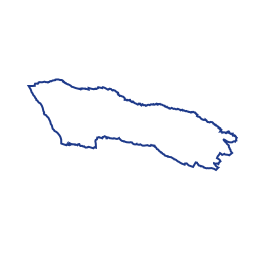 Gianyar, Bali, Indonesia (Equal Earth projection), rotated 107°
{"feature_id": "22746128B44616450347238", "entity_name": "Gianyar", "entity_type": "district", "adm_level": 2, "iso_a3": "IDN", "parent_name": "Indonesia", "parent_adm1": "Bali", "projection": "equal_earth", "projection_center": [115.288, -8.482], "detail": "fine", "context": "isolated", "style": "outline", "palette": "blue", "viewbox_px": 256, "rotation_deg": 107, "n_neighbors": 0, "source": "geoboundaries", "source_scale": "gbopen_adm2", "svg_char_len": 5799}
<svg xmlns="http://www.w3.org/2000/svg" viewBox="0 0 256 256"><g transform="rotate(107 128 128)"><path d="M101.5,205.3L101.7,206.4L102.0,206.8L101.9,208.7L102.7,211.1L103.0,211.6L103.5,211.6L104.7,214.1L105.7,214.9L105.7,215.5L106.0,216.1L106.4,216.5L106.9,216.6L107.4,217.7L107.9,217.9L107.8,218.8L108.2,220.0L108.1,221.3L109.4,223.5L110.1,226.3L110.7,226.9L111.3,226.8L112.1,227.2L112.1,227.9L112.8,229.8L114.2,229.8L114.9,229.5L115.8,231.7L116.9,235.3L119.6,232.3L122.1,230.5L122.6,229.6L124.3,228.1L125.1,226.6L126.5,225.3L126.8,224.5L128.1,223.8L128.2,222.8L129.7,220.9L130.1,219.0L131.8,217.0L133.8,215.4L136.6,213.8L137.5,212.8L138.4,212.8L139.5,212.0L139.6,210.5L139.9,209.7L140.5,209.2L141.4,207.2L144.5,204.3L146.7,203.0L147.8,201.6L150.8,199.8L151.5,198.3L152.3,197.5L152.7,195.4L153.4,193.8L155.2,191.2L156.5,189.9L158.6,188.5L162.3,187.3L162.4,186.6L162.5,181.9L162.2,181.7L162.0,182.2L161.7,181.9L161.6,179.9L160.9,180.3L161.2,179.5L161.1,178.8L160.6,179.0L160.0,178.7L159.7,179.0L159.9,177.8L160.4,177.7L160.2,177.3L159.9,177.2L159.9,176.4L159.6,176.0L159.5,174.4L159.2,174.1L159.5,173.6L159.2,173.3L159.3,172.7L158.9,171.7L159.1,171.4L158.5,171.2L158.5,170.8L157.9,170.5L157.6,169.9L157.8,169.6L158.3,169.6L159.1,168.3L159.0,167.8L158.5,166.8L158.8,165.6L158.4,164.7L158.7,164.4L158.6,164.1L159.1,163.0L158.6,161.4L158.1,161.1L157.9,160.4L157.5,160.1L157.5,155.1L156.2,154.5L156.2,152.9L152.5,154.2L150.1,155.4L148.9,155.4L147.9,154.4L146.1,154.6L145.9,153.8L145.2,153.2L145.2,152.7L145.5,151.8L145.2,151.1L145.4,149.6L144.5,149.3L144.0,149.4L143.6,148.7L142.7,147.9L143.0,146.2L144.2,145.6L144.0,144.9L142.9,144.6L142.8,143.4L143.1,142.7L142.5,139.1L141.9,138.5L141.8,135.9L141.4,134.8L140.3,133.7L140.7,133.5L141.0,132.3L141.6,131.5L142.1,129.8L141.9,128.4L142.1,128.0L141.8,127.6L142.0,126.9L142.0,125.1L141.4,122.4L140.8,121.3L140.7,119.8L141.4,119.1L141.8,117.4L141.4,115.7L140.8,115.2L141.0,115.1L140.8,112.4L140.0,111.5L140.6,109.1L140.2,107.5L138.7,104.3L138.9,103.4L138.7,101.6L137.5,101.0L137.8,100.3L137.3,99.3L137.6,98.7L137.2,98.1L137.1,97.4L137.5,97.1L137.8,97.5L138.0,97.2L138.5,95.4L139.7,94.2L139.8,92.9L141.0,91.2L141.4,89.5L141.8,89.4L141.8,88.3L142.5,87.4L142.8,85.5L143.5,84.9L143.6,82.7L143.3,81.8L143.8,81.5L143.3,78.0L143.9,76.3L143.9,75.4L144.5,74.6L144.3,73.9L144.5,72.6L144.9,71.8L145.4,70.5L145.4,69.6L145.7,68.9L146.3,66.3L146.5,63.1L145.3,63.1L144.7,61.5L146.0,59.1L146.2,54.4L141.1,53.2L141.0,51.9L141.4,51.7L142.2,50.3L142.6,50.2L143.2,49.0L143.0,48.6L143.0,47.2L143.3,47.3L143.4,47.0L143.1,46.4L143.0,45.4L143.1,44.4L143.6,44.1L143.6,41.2L143.1,40.1L143.0,39.3L142.3,37.4L141.9,36.5L141.9,33.6L142.4,31.6L139.5,30.1L139.5,30.9L138.9,31.7L138.7,32.6L137.8,33.8L137.2,34.1L136.9,35.3L136.5,35.4L136.6,33.7L135.8,32.4L136.1,31.0L134.3,30.8L132.8,29.8L131.7,31.0L131.2,32.2L130.8,34.1L128.9,33.9L126.5,32.9L125.1,32.7L125.4,31.6L126.2,30.1L124.6,28.3L124.9,28.0L124.9,27.0L124.4,24.5L124.5,23.2L121.4,21.1L120.3,22.9L118.7,23.8L118.2,24.7L117.6,24.9L116.7,26.0L115.2,26.5L114.2,28.8L113.2,29.9L113.0,30.8L112.4,31.4L111.9,32.6L111.3,33.1L111.0,33.0L111.0,32.2L111.8,29.5L112.0,27.8L111.9,26.2L111.3,24.3L110.0,23.2L109.5,21.8L109.6,21.6L108.9,21.5L108.3,20.7L107.0,21.4L105.7,21.2L105.7,21.6L104.7,22.3L104.6,23.3L104.0,23.4L103.8,24.2L104.7,25.3L104.0,26.1L102.8,26.2L103.2,27.6L103.6,27.9L103.6,28.4L103.0,29.3L103.1,29.9L102.3,30.0L101.8,30.7L102.6,31.9L103.5,31.9L103.6,32.3L104.3,32.7L104.3,33.1L103.9,33.5L103.9,34.0L104.1,35.2L104.5,35.7L104.6,36.4L104.9,36.6L104.2,37.2L104.3,38.0L104.1,38.3L104.3,38.7L103.7,38.5L103.1,38.9L102.9,38.3L102.5,38.2L102.2,39.6L101.8,39.3L101.2,39.7L101.2,40.0L101.4,40.1L101.5,41.4L100.7,41.4L100.3,42.1L100.4,42.8L99.8,43.9L99.9,44.7L99.2,45.1L99.2,45.4L99.6,45.7L99.5,46.2L98.8,47.0L98.8,47.8L98.3,48.1L97.8,49.0L98.1,51.0L98.8,51.5L98.8,53.0L99.0,53.5L98.6,54.5L97.9,55.0L97.3,56.4L97.8,56.3L97.9,57.6L98.2,58.2L98.0,58.9L98.2,59.4L97.8,60.2L97.7,61.0L96.7,62.2L96.7,62.7L96.4,63.6L96.7,64.3L96.4,65.6L95.0,65.5L94.8,66.8L94.4,66.9L93.6,68.4L93.9,68.8L93.6,69.6L93.5,70.5L94.1,71.1L94.1,72.0L94.3,72.3L94.8,72.3L94.9,72.6L94.6,73.8L94.9,74.5L94.7,75.3L94.9,76.1L94.6,77.0L95.1,77.8L94.8,80.0L95.3,80.5L94.7,81.5L95.2,82.0L95.2,82.6L95.7,83.0L95.4,83.5L95.1,85.9L95.2,86.3L95.7,86.5L96.1,87.8L95.9,89.1L96.4,90.0L96.0,92.2L97.2,93.3L97.3,94.3L96.8,94.7L96.9,96.5L96.3,97.0L96.7,97.9L96.7,98.6L96.5,99.2L96.0,99.4L96.1,101.0L95.7,102.7L96.0,103.7L95.6,104.5L96.0,105.0L96.3,106.7L96.5,106.7L96.6,105.9L97.1,106.5L97.1,106.9L96.5,107.4L96.4,107.9L97.9,109.3L97.7,110.6L98.4,110.9L98.3,112.0L98.7,112.5L98.8,113.2L99.8,113.8L99.7,114.8L100.1,115.9L100.7,116.6L101.1,116.7L101.6,117.5L101.1,118.4L101.7,120.0L101.0,121.0L101.5,121.5L102.5,121.8L102.4,122.1L101.7,122.2L101.8,123.2L101.2,123.5L101.3,124.1L101.5,124.7L102.0,124.5L102.8,125.6L102.4,126.9L102.2,129.2L101.2,130.8L101.4,131.7L101.9,131.0L102.1,131.8L101.5,133.6L100.5,134.3L100.7,134.8L101.3,135.1L101.3,137.0L101.9,137.1L101.7,138.7L102.0,139.4L100.6,139.7L99.5,141.6L99.5,143.1L99.3,144.5L99.8,145.3L99.2,146.0L99.2,146.8L98.5,147.6L98.0,147.3L97.3,147.7L97.5,148.1L97.0,148.7L96.7,150.1L96.1,151.1L96.0,153.2L96.6,153.6L96.5,154.3L95.7,155.7L95.8,157.1L96.3,157.3L96.4,157.8L97.2,158.3L96.4,162.0L96.3,164.0L97.0,164.5L97.4,164.4L97.7,168.2L98.1,168.2L98.1,168.5L98.8,168.5L99.6,169.4L99.8,170.3L100.1,170.2L100.5,171.7L100.9,172.0L101.2,174.9L101.2,177.4L102.8,176.8L102.8,179.5L103.1,180.1L102.8,180.4L103.4,182.2L103.5,183.4L103.8,184.1L104.1,184.0L104.1,184.5L104.9,184.6L104.7,186.1L104.9,186.2L105.1,189.7L104.9,192.7L105.0,193.9L104.3,195.1L103.9,196.8L103.7,198.0L103.9,198.2L103.5,200.9L103.2,200.9L103.2,201.3L103.0,202.6L102.6,202.5L102.4,202.9L102.5,203.9L101.8,204.1L101.5,205.3Z" fill="none" stroke="#1e3a8a" stroke-width="2"/></g></svg>